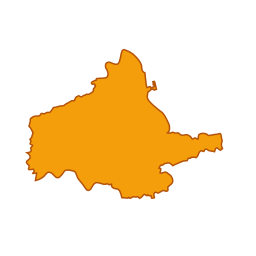 Gia Vien, Ninh Bình, Vietnam, rotated 285°
{"feature_id": "81297802B79786453625721", "entity_name": "Gia Vien", "entity_type": "district", "adm_level": 2, "iso_a3": "VNM", "parent_name": "Vietnam", "parent_adm1": "Ninh Bình", "projection": "albers", "projection_center": [105.858, 20.33], "detail": "fine", "context": "isolated", "style": "filled", "palette": "amber", "viewbox_px": 256, "rotation_deg": 285, "n_neighbors": 0, "source": "geoboundaries", "source_scale": "gbopen_adm2", "svg_char_len": 5742}
<svg xmlns="http://www.w3.org/2000/svg" viewBox="0 0 256 256"><g transform="rotate(285 128 128)"><path d="M112.0,31.5L110.9,31.4L109.2,31.9L104.0,31.9L103.6,32.7L102.3,34.4L100.7,35.8L100.0,36.5L99.5,36.9L99.4,37.3L96.7,37.5L95.8,37.3L93.7,37.3L92.5,36.5L91.4,36.3L90.9,37.4L90.6,37.5L88.8,37.6L87.4,37.5L87.1,37.8L86.8,39.7L86.7,40.1L86.5,40.3L86.0,40.4L83.8,39.2L83.3,39.3L81.4,40.4L80.5,40.2L79.8,39.9L79.3,39.4L78.9,38.8L77.9,36.8L77.5,38.3L76.8,39.4L75.2,40.8L74.5,41.1L73.3,41.0L72.5,40.7L69.9,38.9L69.5,38.8L68.6,38.8L68.3,39.0L67.7,39.5L67.4,39.9L66.5,41.6L65.7,42.3L64.9,42.5L62.9,42.4L62.4,42.7L62.2,43.1L62.6,44.7L63.7,47.2L63.0,48.0L62.1,48.5L61.3,48.5L60.5,48.0L59.5,47.8L59.5,48.1L60.0,49.4L60.8,51.2L60.8,51.5L53.3,52.2L55.1,55.1L56.4,56.6L57.6,57.8L59.4,59.2L63.4,61.2L64.2,62.0L64.6,62.5L64.8,63.2L64.9,63.9L64.8,65.3L64.7,66.0L64.3,66.8L62.4,69.9L61.8,71.2L61.7,71.7L61.7,72.5L61.9,73.2L62.3,74.1L65.0,75.8L66.0,76.3L69.5,77.6L70.4,78.1L70.8,78.4L71.2,79.1L71.6,80.1L72.1,82.0L72.2,82.9L72.3,87.1L72.2,87.5L72.0,88.0L71.5,88.7L70.5,89.6L66.7,92.4L65.7,93.5L61.7,99.1L58.2,103.2L57.7,104.0L57.4,104.7L57.4,105.6L57.5,106.0L57.8,106.5L58.3,107.1L59.6,107.9L62.3,108.6L64.1,109.2L65.1,109.7L66.0,110.2L66.5,110.7L66.9,111.4L67.3,112.5L67.4,113.5L67.4,119.1L67.9,120.9L68.5,121.9L68.9,122.4L68.6,123.0L68.3,124.6L69.2,125.8L69.4,126.3L69.4,126.7L68.6,126.7L67.1,127.6L66.4,128.8L66.2,129.6L66.2,130.1L66.1,131.3L66.3,133.6L66.2,134.5L65.1,136.2L62.6,138.1L59.7,139.8L59.1,140.1L60.3,146.1L60.6,146.4L61.2,146.7L61.3,146.9L61.2,147.1L60.7,147.9L60.8,148.5L61.9,149.8L62.6,150.2L62.9,150.7L63.1,152.1L63.3,153.0L63.8,154.6L64.2,155.1L64.1,155.5L63.1,157.5L64.9,159.1L67.3,160.2L68.1,161.0L68.0,161.9L67.5,163.7L67.5,163.9L68.3,164.1L68.5,164.3L68.2,165.4L68.1,166.3L68.3,166.6L68.5,167.8L66.6,168.7L66.4,168.9L66.4,169.3L66.8,170.3L67.5,171.6L68.5,171.2L69.8,170.3L71.4,170.1L72.2,170.3L72.7,170.6L73.1,171.4L73.1,172.5L72.9,173.6L72.9,173.9L73.1,174.2L73.8,175.0L75.9,177.0L76.6,177.9L76.8,178.3L76.8,180.9L76.9,181.6L77.1,182.0L77.6,182.5L78.3,182.7L80.6,181.9L81.4,181.9L81.8,182.0L82.9,182.8L84.6,184.0L86.1,184.8L86.9,185.0L87.5,185.1L88.7,184.8L89.9,184.4L90.9,183.7L91.7,183.1L92.9,181.8L93.2,181.4L95.0,176.9L95.1,175.3L93.2,172.3L93.0,171.7L92.9,170.6L95.6,170.5L96.9,170.3L97.2,170.1L97.3,169.8L97.1,168.4L97.5,168.3L100.2,169.0L100.6,169.3L100.8,169.7L100.8,170.5L101.0,170.8L101.5,171.3L102.0,171.9L102.3,172.1L103.0,172.3L103.2,172.6L103.7,173.9L104.5,175.3L104.8,176.0L104.8,177.0L104.5,178.4L104.1,179.5L103.3,180.7L103.2,181.0L104.6,182.5L109.7,189.0L110.4,190.0L111.8,193.6L114.1,194.0L114.5,194.2L114.8,195.8L115.1,196.3L116.1,196.6L117.1,200.2L116.9,201.3L118.4,202.3L118.9,202.5L122.5,203.0L124.0,203.6L124.8,204.2L125.0,204.6L124.9,207.2L125.1,207.4L126.7,207.7L127.3,208.0L127.7,208.5L127.8,209.1L127.9,209.6L127.1,211.7L127.5,217.7L130.3,217.9L131.0,218.1L131.5,218.5L131.8,218.9L131.7,219.7L130.6,222.4L130.5,222.8L130.6,223.3L131.6,223.7L132.0,224.0L132.2,224.3L132.3,224.6L133.0,224.5L133.3,224.1L134.6,223.1L136.1,222.5L137.6,222.3L139.6,222.3L140.1,222.3L141.5,221.4L145.8,219.4L146.3,218.8L146.4,218.5L146.3,217.8L144.9,215.5L144.4,213.9L142.8,210.6L141.6,207.6L141.6,207.2L142.4,205.6L142.6,204.8L142.5,203.5L142.2,201.7L141.8,200.6L141.0,199.3L140.1,198.4L139.7,198.1L139.3,198.1L137.0,198.3L135.8,198.7L135.3,198.3L135.3,197.9L135.7,196.0L135.7,195.3L135.5,194.7L134.8,194.3L134.1,193.4L134.2,192.5L135.7,190.8L136.2,189.6L136.6,188.3L136.7,186.9L136.7,186.2L136.5,185.5L135.4,183.5L135.0,181.8L135.0,181.1L135.2,180.2L136.0,178.6L136.2,178.0L136.2,177.5L136.0,176.9L135.5,175.9L135.3,175.0L135.5,172.4L135.1,171.6L134.2,170.4L133.9,169.8L133.5,167.9L133.5,167.4L135.1,168.2L135.9,168.4L137.5,168.4L139.6,167.9L141.7,166.9L143.3,165.7L145.4,163.9L147.3,162.2L149.4,160.2L151.6,157.4L153.0,154.0L156.5,146.4L158.9,142.2L160.4,140.3L162.3,138.8L163.4,138.4L168.0,137.9L168.7,138.7L170.0,139.7L171.2,140.3L172.1,142.1L171.4,143.5L172.7,145.5L179.2,142.0L179.1,141.5L179.8,141.2L179.1,140.0L177.0,141.4L176.7,141.0L176.2,141.3L176.3,141.9L175.0,142.8L172.6,139.8L173.5,139.0L173.7,138.6L173.5,138.2L171.9,135.8L173.9,134.7L175.5,134.0L182.3,131.3L183.7,130.9L185.8,129.9L185.7,129.1L186.7,127.3L187.6,126.7L188.8,126.0L192.4,124.6L194.4,122.9L195.5,121.8L197.7,118.9L198.7,117.3L200.5,114.0L201.6,111.0L202.1,109.1L202.7,104.4L202.7,104.0L202.5,103.6L201.8,102.8L201.3,102.4L200.5,102.3L198.1,102.2L194.3,102.5L190.1,102.5L189.0,102.3L188.1,102.0L187.4,101.6L186.9,101.2L186.6,100.3L186.4,99.4L186.3,98.6L186.3,97.5L186.7,94.2L186.7,92.8L186.5,92.1L185.7,90.8L184.4,90.0L182.9,90.0L182.2,90.1L180.7,90.8L180.1,91.2L178.2,93.0L176.9,93.9L175.9,94.4L175.1,94.7L173.8,94.9L172.9,94.9L172.2,94.7L171.6,94.4L170.9,93.8L170.4,92.8L169.5,90.4L167.9,85.6L167.6,84.9L167.4,84.8L166.1,85.0L165.8,84.8L165.7,84.1L163.9,82.2L163.6,81.7L162.7,81.1L162.0,81.0L161.5,81.3L161.1,82.1L161.2,82.8L161.8,83.8L161.6,84.4L161.2,84.9L160.7,84.9L160.4,85.0L160.4,85.5L159.7,85.6L158.9,85.5L157.1,84.6L155.8,84.6L154.6,85.0L154.0,84.7L153.5,84.2L152.1,83.2L151.0,82.1L150.2,80.8L150.0,80.3L150.0,79.6L149.8,79.0L148.6,78.2L148.3,77.3L148.1,77.0L147.4,76.2L146.5,75.6L146.1,75.0L145.9,74.3L146.4,72.1L144.8,70.2L143.8,69.6L143.1,69.4L140.9,69.2L140.5,69.1L140.3,68.8L140.2,67.7L139.7,66.6L139.2,66.0L137.0,63.9L135.6,62.2L133.5,60.6L133.1,60.1L132.5,59.2L131.9,57.3L131.1,55.7L129.3,52.7L128.8,51.3L128.7,51.1L128.2,50.6L127.8,50.4L126.2,50.0L123.5,48.8L122.7,48.2L122.6,47.8L122.3,46.3L122.1,45.9L121.6,45.2L120.3,43.8L119.9,43.1L119.9,41.4L119.5,40.5L119.2,40.2L117.5,39.7L117.2,39.5L116.8,39.2L116.2,37.9L116.0,36.8L115.4,35.2L114.5,33.8L114.0,33.1L112.0,31.5Z" fill="#f59e0b" stroke="#b45309" stroke-width="1.5"/></g></svg>